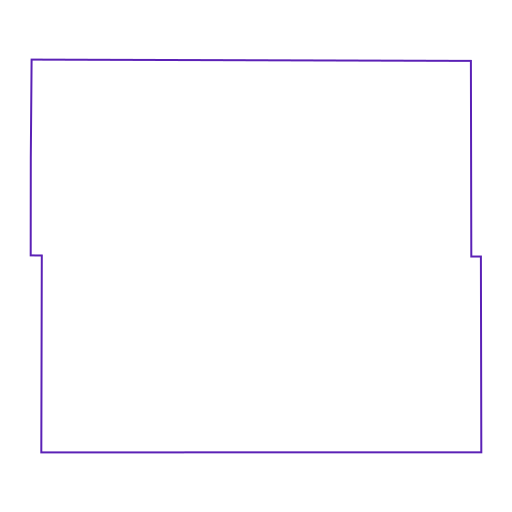 the district of Grant, Minnesota, United States of America
{"feature_id": "52423323B67353277532056", "entity_name": "Grant", "entity_type": "district", "adm_level": 2, "iso_a3": "USA", "parent_name": "United States of America", "parent_adm1": "Minnesota", "projection": "natural_earth1", "projection_center": [-96.012, 45.934], "detail": "fine", "context": "isolated", "style": "outline", "palette": "violet", "viewbox_px": 512, "rotation_deg": 0, "n_neighbors": 0, "source": "geoboundaries", "source_scale": "gbopen_adm2", "svg_char_len": 240}
<svg xmlns="http://www.w3.org/2000/svg" viewBox="0 0 512 512"><path d="M481.3,452.3L480.9,256.5L471.3,256.5L470.9,60.9L31.6,59.6L30.8,157.5L30.7,255.4L41.8,255.5L41.3,452.4L481.3,452.3Z" fill="none" stroke="#5b21b6" stroke-width="2"/></svg>